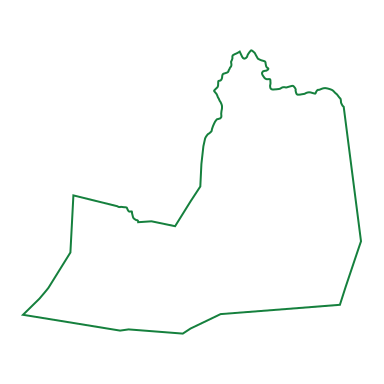 the district of San Francisco de Ojuera, Santa Bárbara, Honduras
{"feature_id": "27666195B61070827999255", "entity_name": "San Francisco de Ojuera", "entity_type": "district", "adm_level": 2, "iso_a3": "HND", "parent_name": "Honduras", "parent_adm1": "Santa Bárbara", "projection": "robinson", "projection_center": [-88.219, 14.715], "detail": "fine", "context": "isolated", "style": "outline", "palette": "green", "viewbox_px": 384, "rotation_deg": 0, "n_neighbors": 0, "source": "geoboundaries", "source_scale": "gbopen_adm2", "svg_char_len": 5656}
<svg xmlns="http://www.w3.org/2000/svg" viewBox="0 0 384 384"><path d="M220.6,314.1L339.9,304.8L345.6,287.0L358.0,250.1L361.0,241.3L343.7,106.8L343.1,106.2L342.6,105.8L341.9,104.5L341.3,103.3L341.1,102.8L341.0,102.3L341.0,101.9L340.9,101.2L340.9,100.5L340.7,99.5L340.6,99.1L340.5,98.8L340.3,98.5L340.1,98.3L339.4,97.6L338.8,96.8L338.2,96.0L337.5,95.1L337.1,94.5L336.7,94.2L335.8,93.4L335.1,92.8L334.7,92.4L333.8,91.4L333.5,91.1L333.0,90.7L332.7,90.4L332.4,90.2L331.6,89.8L330.6,89.4L329.4,89.0L327.6,88.5L326.5,88.3L325.5,88.1L324.9,88.1L324.1,88.2L323.3,88.3L322.0,88.7L321.0,89.1L319.8,89.6L319.1,89.8L318.7,89.9L318.1,89.8L317.8,89.9L317.5,90.1L317.3,90.3L317.0,90.5L316.7,90.9L316.4,91.5L316.0,92.1L315.7,92.9L315.6,93.2L315.3,93.5L315.2,93.6L314.9,93.6L313.3,93.2L312.5,93.0L311.2,92.6L310.4,92.4L309.8,92.3L309.1,92.3L308.1,92.4L307.3,92.6L306.9,92.7L306.1,93.0L305.0,93.6L304.6,93.8L304.2,93.9L302.8,94.1L301.6,94.3L300.0,94.6L298.4,94.7L298.1,94.7L297.7,94.7L297.2,94.5L297.1,94.4L296.9,94.2L296.7,94.1L296.6,93.9L296.4,93.5L296.1,92.8L295.9,92.1L295.7,91.1L295.6,90.7L295.6,90.3L295.7,89.9L295.7,89.7L295.6,89.2L295.4,88.7L295.2,88.3L294.9,87.8L294.4,87.2L294.0,86.7L293.7,86.4L293.4,86.1L293.2,86.0L292.9,85.9L292.6,85.9L292.3,85.9L292.0,85.9L291.2,86.1L289.7,86.5L287.6,87.1L286.7,87.4L286.4,87.4L286.0,87.5L285.6,87.4L284.7,87.2L284.1,87.2L283.5,87.2L282.9,87.3L282.3,87.4L281.8,87.7L281.4,87.9L280.6,88.4L280.1,88.7L279.6,88.8L279.0,89.0L277.0,89.2L276.3,89.3L274.6,89.4L273.5,89.5L272.7,89.5L272.2,89.4L271.7,89.3L271.3,89.1L271.1,88.9L270.9,88.7L270.7,88.5L270.5,88.2L270.4,88.0L270.3,87.7L270.3,87.4L270.2,87.0L270.1,86.1L270.1,85.6L270.2,85.0L270.4,84.2L270.4,83.9L270.5,83.4L270.5,82.9L270.4,81.2L270.4,80.6L270.3,79.8L270.2,79.6L270.0,79.3L269.9,79.3L269.5,79.1L269.0,79.1L268.5,79.1L268.0,79.2L267.6,79.2L267.3,79.2L266.8,79.2L266.4,79.1L265.9,78.9L265.5,78.7L265.2,78.5L264.8,78.2L264.5,77.9L263.8,76.9L263.3,76.2L262.7,75.3L262.4,74.7L262.2,74.2L262.1,73.7L262.0,73.1L262.1,72.8L262.2,72.5L262.4,72.2L262.6,71.9L262.9,71.6L263.1,71.3L263.4,71.2L263.8,71.1L265.0,70.8L266.0,70.7L266.3,70.6L266.5,70.6L267.2,70.1L267.7,69.8L268.1,69.4L268.2,69.2L268.3,68.9L268.3,68.6L268.2,68.5L268.1,68.3L268.0,68.2L267.9,68.1L267.6,68.0L267.4,67.9L267.1,67.6L266.8,67.3L266.5,66.9L266.3,66.6L266.2,66.3L266.1,66.0L266.0,65.6L265.8,64.6L265.6,63.6L265.5,62.5L265.4,62.2L265.2,61.8L265.0,61.6L264.7,61.3L264.4,61.2L264.0,61.1L262.8,60.7L261.6,60.4L260.1,59.8L259.1,59.3L258.4,59.0L258.1,58.8L257.8,58.5L257.5,58.0L256.2,55.7L255.7,54.8L255.0,53.4L254.8,53.1L254.6,52.8L254.4,52.6L253.7,52.0L252.8,51.2L252.2,50.8L251.8,50.5L251.5,50.4L251.3,50.4L251.1,50.4L250.9,50.6L250.4,51.1L249.6,52.0L248.6,53.4L247.9,54.5L247.7,54.9L247.5,55.4L247.3,56.1L247.1,56.5L247.0,56.9L246.7,57.2L246.3,57.6L245.8,58.1L245.3,58.3L244.9,58.5L244.6,58.6L244.2,58.6L243.9,58.5L243.6,58.4L243.4,58.2L243.1,58.1L242.8,57.7L242.5,57.3L242.2,56.9L242.0,56.5L241.2,54.8L240.2,52.7L239.7,51.6L238.1,52.6L237.2,53.1L235.7,53.8L234.7,54.2L234.2,54.5L233.4,54.9L233.0,55.2L232.8,55.4L232.7,55.5L232.6,55.8L232.5,56.1L232.4,56.3L232.4,56.8L232.4,57.6L232.4,58.0L232.4,58.5L232.3,58.8L232.0,59.7L231.7,60.5L231.5,60.9L231.2,61.4L231.1,61.7L231.1,62.2L231.2,62.7L231.2,63.1L231.4,64.0L231.4,64.4L231.4,64.7L231.4,65.1L231.3,65.6L231.2,66.0L231.1,66.3L230.9,66.7L230.3,67.3L230.0,67.8L229.7,68.4L229.4,69.2L229.3,69.4L229.0,69.8L228.8,70.1L228.6,70.5L228.5,71.1L228.4,71.4L228.1,71.8L227.9,72.1L227.4,72.4L227.0,72.6L224.6,73.4L223.5,73.7L223.3,73.8L223.1,74.0L222.9,74.2L222.7,74.4L222.6,74.6L222.5,74.9L222.3,75.6L222.2,76.2L222.1,77.5L221.9,78.3L221.8,78.7L221.6,79.1L221.3,79.7L221.1,79.9L220.9,80.1L220.7,80.3L220.5,80.5L220.1,80.6L219.4,80.7L218.9,80.9L218.5,81.0L218.4,81.2L218.4,81.3L218.3,81.6L218.2,81.9L218.2,83.2L218.1,84.8L218.1,85.3L218.0,85.7L217.9,86.1L217.8,86.6L217.7,86.8L217.5,87.1L217.3,87.4L215.6,89.0L214.5,90.2L214.3,90.4L214.2,90.5L214.2,90.8L214.2,91.1L214.3,91.3L216.4,93.8L216.6,94.1L217.3,95.6L217.8,97.0L218.0,97.5L218.2,97.8L218.7,98.5L218.9,99.0L219.5,100.4L219.8,101.0L220.5,102.0L220.8,102.6L221.0,103.1L221.3,103.7L221.6,104.5L221.7,104.9L221.9,105.5L222.0,106.2L222.0,107.0L222.0,107.6L222.0,108.2L221.9,108.8L221.8,109.5L221.5,110.9L221.4,111.8L221.3,112.7L221.2,113.6L221.3,115.3L221.4,116.0L221.3,116.4L221.3,116.9L221.2,117.0L221.1,117.3L220.8,117.7L220.5,118.1L220.1,118.4L220.0,118.5L219.1,118.7L218.3,119.0L217.6,119.1L217.1,119.2L217.0,119.3L216.8,119.5L216.4,119.9L216.0,120.4L215.1,121.6L214.9,122.0L214.1,123.6L213.0,126.1L212.8,126.7L212.0,129.0L211.9,129.6L211.6,130.9L211.5,131.2L211.4,131.3L211.2,131.5L211.0,131.8L210.3,132.4L209.9,132.8L209.3,133.3L208.4,133.9L208.0,134.1L207.7,134.4L207.3,134.9L206.7,135.7L206.0,136.7L205.6,137.4L205.4,137.9L205.2,138.2L205.1,138.5L203.4,146.2L201.4,164.0L200.3,186.5L190.6,201.3L175.1,226.2L151.5,221.3L138.2,222.2L138.2,221.7L138.1,221.3L138.0,221.0L137.8,220.6L137.7,220.5L137.4,220.3L137.1,220.2L136.9,220.1L136.5,220.1L136.2,220.1L135.9,219.9L135.4,219.6L134.6,219.1L134.0,218.6L133.6,218.2L133.3,217.8L133.2,217.5L133.0,217.1L132.2,213.9L132.0,213.0L132.0,212.5L132.0,212.2L131.9,211.9L131.8,211.6L131.7,211.6L131.2,211.4L130.6,211.5L129.9,211.6L129.5,211.6L129.1,211.5L128.8,211.3L128.4,210.9L128.1,210.4L127.8,210.0L126.8,207.7L126.7,207.6L126.1,207.4L125.6,207.3L123.8,207.2L121.5,206.9L120.8,206.9L120.7,206.9L120.3,207.0L120.0,207.1L119.3,207.0L118.9,207.0L118.6,206.9L118.2,206.7L117.7,206.5L117.2,206.2L73.4,195.4L70.4,252.5L48.4,287.9L46.4,290.4L39.5,298.6L23.0,314.8L120.1,330.6L128.6,329.4L182.8,333.6L190.6,328.5L220.6,314.1Z" fill="none" stroke="#15803d" stroke-width="2"/></svg>